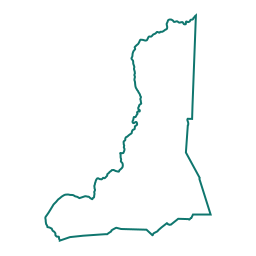 Mangulile, Olancho, Honduras (Albers equal-area conic projection)
{"feature_id": "27666195B89076502999157", "entity_name": "Mangulile", "entity_type": "district", "adm_level": 2, "iso_a3": "HND", "parent_name": "Honduras", "parent_adm1": "Olancho", "projection": "albers", "projection_center": [-86.874, 15.136], "detail": "fine", "context": "isolated", "style": "outline", "palette": "teal", "viewbox_px": 256, "rotation_deg": 0, "n_neighbors": 0, "source": "geoboundaries", "source_scale": "gbopen_adm2", "svg_char_len": 5803}
<svg xmlns="http://www.w3.org/2000/svg" viewBox="0 0 256 256"><path d="M47.5,227.1L49.5,227.5L51.7,228.6L52.4,230.2L52.7,230.7L53.2,231.1L54.2,231.7L55.2,233.0L55.3,233.2L55.4,233.6L55.4,235.0L55.5,235.3L55.7,235.6L56.2,236.1L56.8,236.6L58.6,236.7L58.8,236.8L58.9,237.3L59.0,238.0L59.1,238.8L59.2,239.1L59.8,240.0L59.8,240.6L70.0,237.1L83.3,235.7L100.6,234.5L105.3,234.2L107.2,234.2L108.2,233.4L108.9,232.9L109.5,232.5L110.9,231.6L111.2,231.4L111.5,230.4L112.4,229.8L114.9,228.4L115.9,227.9L116.4,227.8L121.1,229.0L146.5,229.7L152.4,235.2L152.7,235.1L152.9,234.7L153.1,234.1L153.6,233.4L154.0,233.1L156.1,232.0L157.0,231.6L157.2,231.4L158.1,230.6L158.2,230.4L158.3,230.2L161.5,227.4L166.9,223.2L167.3,223.4L167.9,224.2L168.2,224.3L168.4,224.3L168.6,224.4L169.3,224.8L169.6,224.8L169.9,224.7L170.1,224.6L170.5,224.7L170.8,224.7L178.2,218.8L188.4,219.1L189.0,219.5L189.4,219.5L189.8,219.2L190.1,218.8L190.7,218.1L190.9,218.0L191.3,218.0L193.0,214.5L210.6,214.5L199.4,178.9L199.7,177.9L185.9,152.5L187.8,125.4L188.1,125.1L188.3,123.8L188.2,123.0L188.1,122.3L187.4,120.2L187.4,119.4L187.7,118.8L192.1,118.9L192.5,105.7L195.9,15.4L195.3,15.9L195.0,16.2L194.3,17.2L193.4,18.1L193.3,18.4L193.2,18.8L192.8,19.3L192.5,19.5L192.2,19.6L191.0,19.7L190.6,19.9L190.4,20.1L190.2,20.7L189.8,21.2L189.6,21.5L189.2,21.7L188.6,22.0L188.0,22.1L187.3,21.9L186.9,21.6L186.7,21.5L186.4,21.5L186.2,21.6L185.9,22.0L185.8,22.3L185.9,23.5L185.9,23.8L185.6,24.2L185.2,24.3L184.5,24.3L184.2,24.2L183.9,24.1L183.7,23.8L182.8,22.5L182.6,22.2L182.3,22.1L181.9,22.1L181.1,22.3L180.8,22.3L179.8,22.6L179.4,22.6L178.7,22.4L177.8,21.7L177.3,21.4L176.9,21.3L176.3,21.4L174.7,21.9L174.2,21.9L173.9,21.8L173.7,21.6L173.3,21.0L172.6,20.3L171.3,19.6L170.7,19.5L170.0,19.5L169.3,19.6L168.6,19.9L168.3,20.1L168.0,20.5L167.5,22.0L166.9,23.3L166.7,23.7L166.7,24.1L166.7,24.6L167.2,26.8L167.2,27.5L167.1,28.1L167.0,28.6L166.8,28.9L166.6,29.1L166.2,29.4L165.7,29.5L165.2,29.8L163.9,30.8L162.5,31.7L161.7,31.8L160.8,31.8L160.5,31.8L160.2,31.9L159.6,32.6L158.7,32.5L157.9,32.1L157.5,32.0L157.1,32.0L156.8,32.1L156.4,32.5L155.8,33.2L155.5,33.4L154.9,33.8L153.4,34.4L153.0,34.7L151.9,36.0L151.4,36.4L151.0,36.6L150.8,36.6L149.4,36.5L149.1,36.6L148.8,36.7L148.4,37.2L147.2,39.7L146.8,40.2L146.4,40.4L145.8,40.5L145.0,40.5L144.3,40.3L142.9,39.9L141.0,39.7L140.7,39.7L140.5,39.8L140.1,40.1L139.0,42.5L138.2,43.9L137.5,44.5L136.7,45.1L134.9,46.9L134.7,47.2L134.7,47.5L135.1,48.6L135.1,48.9L135.1,49.2L135.0,49.4L134.5,49.9L133.7,50.9L133.4,51.3L133.1,52.1L132.8,53.0L132.6,53.7L132.4,56.1L132.2,56.8L131.6,57.9L131.5,58.3L131.5,58.6L131.6,58.9L133.0,60.7L133.2,61.9L133.2,63.0L133.3,63.9L133.5,64.4L134.1,66.1L134.3,66.8L134.3,67.3L134.0,68.5L134.0,69.1L134.7,71.5L134.9,73.2L134.9,73.5L134.6,74.1L134.4,74.8L134.4,75.3L134.8,76.2L134.9,76.8L134.9,77.2L134.5,78.8L134.4,79.9L134.9,81.6L135.1,83.0L135.1,83.7L135.2,84.4L135.4,86.1L135.7,87.2L135.9,87.8L136.5,88.8L137.2,90.1L138.1,91.2L138.6,92.5L139.2,93.2L139.7,94.1L139.9,94.5L140.2,95.7L140.9,96.9L140.9,97.1L140.9,97.4L140.4,98.7L140.3,99.1L140.7,100.4L140.8,101.3L141.1,103.0L141.2,103.4L141.1,103.7L141.0,103.8L140.3,104.2L139.6,104.8L139.3,105.1L139.1,105.5L139.2,105.8L139.1,106.1L138.8,106.6L138.2,107.9L138.2,108.2L138.3,108.6L138.6,109.7L139.0,109.9L139.4,109.9L139.7,110.2L139.8,110.7L139.7,111.2L139.6,111.4L139.4,111.5L138.2,111.5L137.9,111.6L137.5,111.8L137.3,112.0L137.1,112.4L137.1,112.8L137.2,113.1L137.5,113.6L137.5,113.8L136.8,114.7L135.8,116.6L135.6,116.9L135.4,117.0L135.1,117.1L134.1,117.0L133.9,117.1L133.7,117.5L133.3,119.5L133.1,120.2L132.7,121.0L132.6,121.4L132.5,121.9L132.8,122.6L133.0,122.9L133.4,123.1L133.9,123.0L134.5,122.8L135.2,122.2L135.4,122.1L136.0,122.0L136.4,122.1L136.7,122.5L137.0,123.2L137.1,124.0L137.1,124.4L137.0,124.7L136.9,124.9L136.1,125.5L134.9,126.4L134.9,126.8L134.8,127.9L134.6,129.0L133.8,129.5L133.0,129.8L132.7,130.1L132.4,130.4L131.9,131.7L131.7,132.9L131.6,133.2L130.9,133.8L130.2,134.2L128.7,135.3L127.4,136.5L127.2,136.7L126.7,136.8L126.3,137.0L125.8,137.5L125.5,138.0L125.3,138.5L125.3,139.8L125.2,140.0L125.0,140.4L124.3,140.9L123.9,141.3L123.7,141.6L123.6,142.0L123.6,142.3L123.7,143.0L123.7,144.1L124.2,145.6L123.8,147.2L124.5,149.0L124.4,150.2L123.9,151.7L123.4,152.8L123.2,153.0L122.7,153.1L121.9,153.2L120.5,153.0L120.3,153.1L120.2,153.3L120.3,153.7L120.5,154.3L120.6,154.7L120.6,156.8L120.7,157.9L121.0,158.7L121.1,159.2L121.1,159.8L120.9,160.8L120.9,161.3L121.0,161.6L121.2,161.8L122.3,163.0L122.5,163.5L122.7,164.0L122.8,165.6L122.6,166.9L122.4,167.3L121.9,168.0L121.5,168.4L121.0,168.9L119.5,170.2L119.3,170.5L119.0,171.4L118.9,171.5L118.7,171.6L118.2,171.6L117.3,171.4L115.7,171.0L114.9,170.6L113.9,170.1L113.7,170.0L111.9,170.1L111.0,171.0L109.6,172.0L108.7,173.1L107.5,174.0L107.3,174.4L107.2,174.9L107.2,175.5L107.0,175.9L105.7,177.2L105.2,177.8L104.7,178.1L104.2,178.2L103.5,177.9L103.1,177.9L102.9,178.1L102.1,179.0L101.8,179.2L101.6,179.3L99.7,179.1L98.2,178.3L97.7,178.3L97.3,178.4L96.6,179.2L96.1,180.0L95.6,181.4L95.5,182.1L95.1,182.9L94.8,184.6L94.3,186.0L94.5,187.2L94.5,188.2L94.9,189.3L95.0,189.8L94.9,190.5L94.4,191.6L94.2,192.0L94.3,192.5L94.5,193.8L94.4,194.6L94.2,195.5L94.1,196.9L94.0,197.2L93.8,197.5L93.5,197.7L93.0,198.0L92.7,198.3L92.5,198.9L92.3,199.1L92.0,199.1L91.6,198.9L90.3,198.1L89.0,196.9L88.5,196.7L87.6,196.7L86.8,196.4L85.8,196.3L85.2,196.2L81.6,197.4L80.1,197.9L79.5,198.1L79.0,197.9L77.4,196.9L75.9,196.5L75.1,196.3L73.7,195.4L73.3,195.2L72.4,195.0L70.1,194.9L69.5,194.8L68.8,194.6L67.6,194.5L65.2,194.7L63.8,195.3L61.7,196.6L59.7,198.3L58.2,199.4L56.1,201.9L54.1,203.9L53.4,204.7L52.9,205.6L51.5,207.9L50.9,208.9L48.6,212.6L47.1,214.8L45.8,216.6L45.5,217.2L45.4,217.5L45.4,218.5L45.7,220.1L45.7,221.2L45.9,222.7L46.2,224.2L47.1,225.6L47.5,227.1Z" fill="none" stroke="#0f766e" stroke-width="2"/></svg>